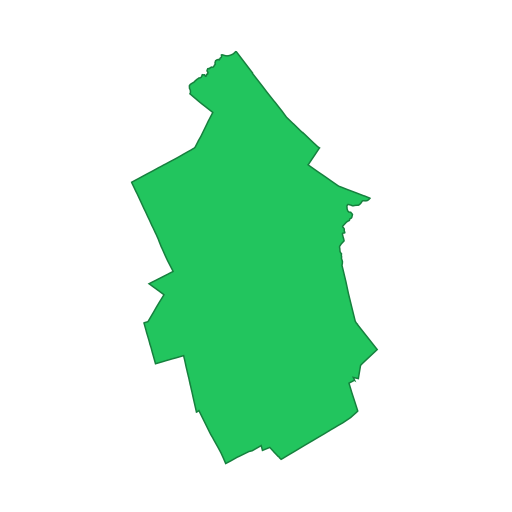 outline of Cornatelu, Dâmbovita, Romania, rotated 258°
{"feature_id": "2599482B11591247588372", "entity_name": "Cornatelu", "entity_type": "district", "adm_level": 2, "iso_a3": "ROU", "parent_name": "Romania", "parent_adm1": "Dâmbovita", "projection": "natural_earth1", "projection_center": [25.687, 44.731], "detail": "fine", "context": "isolated", "style": "filled", "palette": "green", "viewbox_px": 512, "rotation_deg": 258, "n_neighbors": 0, "source": "geoboundaries", "source_scale": "gbopen_adm2", "svg_char_len": 5937}
<svg xmlns="http://www.w3.org/2000/svg" viewBox="0 0 512 512"><g transform="rotate(258 256 256)"><path d="M366.9,327.5L366.8,327.3L369.6,325.3L377.5,320.1L377.6,319.9L380.9,317.7L385.5,314.6L392.7,311.4L392.8,311.3L402.0,306.8L404.2,305.6L414.3,300.6L420.3,297.8L435.1,290.6L435.3,290.5L435.7,290.7L459.8,279.3L460.1,278.5L459.1,277.0L458.3,275.4L458.0,274.1L457.7,272.5L457.6,270.2L458.0,268.4L458.6,267.1L459.6,265.3L459.8,264.9L459.9,264.2L459.8,263.9L459.3,263.9L458.4,263.8L457.9,263.6L457.5,263.3L457.1,262.4L456.9,262.0L456.5,261.7L455.9,261.4L455.5,261.0L455.6,260.5L456.1,260.1L456.1,259.7L455.9,259.4L456.0,259.1L456.0,258.8L456.0,258.5L455.6,258.0L455.5,257.2L455.3,257.0L454.5,256.6L453.6,256.1L453.0,256.0L452.2,256.1L451.8,255.8L451.4,255.1L450.4,254.3L449.8,253.7L449.7,253.0L449.7,252.4L450.1,251.5L449.7,250.9L449.6,250.1L449.1,249.7L449.0,249.4L449.1,249.0L449.3,248.3L449.2,247.7L448.4,247.2L447.8,246.7L447.0,246.6L446.0,247.1L445.8,247.2L445.5,247.2L445.2,247.1L444.9,246.7L444.4,246.6L444.1,246.6L443.9,246.4L443.9,246.1L444.0,245.8L443.9,245.6L443.3,245.2L442.6,244.9L442.4,244.6L442.2,244.2L442.3,243.9L443.3,243.5L443.9,243.4L444.1,242.8L444.1,242.2L444.2,241.8L444.4,241.4L444.5,241.2L444.2,240.9L443.0,240.3L442.4,239.7L442.0,239.0L441.9,238.3L442.0,237.1L441.8,236.7L441.3,235.7L441.1,235.0L440.7,234.3L439.9,232.8L439.2,231.9L438.8,231.1L438.7,230.7L438.3,229.5L438.0,228.6L437.5,227.4L436.5,226.3L435.2,226.0L433.6,225.8L432.4,226.2L431.4,226.2L430.1,226.0L429.1,225.7L428.4,225.1L424.7,227.9L419.5,231.9L416.0,234.7L413.2,237.1L410.9,239.0L406.5,242.7L405.6,243.5L405.4,243.6L399.2,238.5L397.8,237.3L395.4,235.5L384.5,227.0L380.5,223.4L380.4,223.4L375.5,219.4L375.0,218.9L374.6,218.4L374.4,218.0L374.1,217.0L373.1,214.2L372.1,210.8L371.4,208.6L370.4,205.4L369.9,204.0L368.6,199.9L367.5,196.2L366.7,193.3L365.6,189.5L364.7,186.5L364.3,184.8L363.6,182.6L363.1,180.9L362.6,178.9L362.3,178.0L362.2,177.7L360.5,172.1L359.0,166.7L357.7,162.3L356.0,156.6L355.3,154.1L354.2,150.4L354.0,149.7L353.2,149.8L352.4,150.0L348.3,151.0L344.4,151.9L341.5,152.7L338.4,153.4L337.1,153.7L331.8,154.9L325.6,156.3L322.1,157.2L317.1,158.3L313.1,159.3L311.7,159.6L309.3,160.1L308.4,160.3L307.6,160.5L307.4,160.5L306.8,160.7L304.5,161.3L303.6,161.5L301.4,162.0L299.6,162.4L298.0,162.8L297.7,162.9L295.7,163.3L293.0,163.9L290.2,164.3L287.9,164.7L286.1,165.0L284.8,165.2L283.3,165.6L281.5,166.0L275.2,167.3L270.0,168.5L259.1,171.5L258.1,171.7L257.7,170.1L255.7,162.8L251.9,148.5L251.1,145.6L247.3,149.0L237.3,157.9L237.0,157.7L236.0,156.8L235.7,156.5L230.6,151.6L226.4,147.7L222.1,143.9L221.9,143.7L214.5,136.9L214.2,136.5L214.0,133.2L213.8,132.5L205.9,133.0L205.7,133.0L203.6,133.1L201.3,133.3L196.4,133.7L194.9,133.8L192.9,133.9L192.4,133.9L192.0,133.9L191.7,133.9L191.3,134.0L189.0,134.2L188.4,134.3L186.5,134.4L183.9,134.5L179.5,134.8L171.5,135.3L172.0,142.1L172.0,142.3L172.3,145.5L172.5,148.4L172.6,149.9L172.8,152.2L173.0,156.5L173.6,164.5L173.4,164.5L171.8,164.5L168.6,164.6L165.9,164.6L165.0,164.6L162.5,164.6L158.0,164.7L157.2,164.7L156.8,164.7L156.6,164.7L153.9,164.8L152.8,164.8L152.5,164.8L152.3,164.8L151.2,164.9L150.5,164.9L149.2,164.9L148.8,164.9L148.0,164.9L147.5,164.9L146.8,164.9L145.2,165.0L144.9,165.0L144.9,164.9L143.4,164.9L142.8,165.0L141.6,165.0L140.6,165.0L140.2,165.0L135.9,165.1L134.1,165.1L131.6,165.1L123.7,165.2L115.7,165.3L115.8,165.8L116.0,166.5L116.7,168.0L105.4,170.9L92.8,174.1L90.6,174.7L88.8,175.3L87.7,175.7L86.7,176.0L84.9,176.5L80.1,178.0L76.6,179.1L72.5,180.3L70.7,180.8L66.7,181.7L64.4,182.2L59.3,183.2L60.8,188.6L62.8,194.9L63.3,196.5L63.4,196.8L63.3,197.0L65.7,206.4L65.8,207.0L66.2,208.2L66.3,211.8L68.7,219.3L68.8,219.5L69.4,221.4L69.5,221.6L66.9,221.8L64.5,221.9L65.9,229.7L61.0,232.6L60.1,233.0L59.7,233.3L59.1,233.7L58.3,234.2L56.8,235.1L55.7,235.8L55.4,235.9L55.1,236.3L54.8,236.7L54.0,236.9L52.9,237.6L52.1,238.2L51.9,238.3L52.4,240.0L54.5,246.0L56.9,253.2L60.6,263.9L64.6,275.9L66.0,280.0L66.2,280.6L66.4,281.3L66.9,282.7L67.2,283.7L68.1,286.4L68.4,287.1L68.5,287.5L70.4,292.8L71.7,296.9L73.1,300.9L74.8,306.3L76.5,310.5L78.3,315.0L80.1,318.1L82.2,321.8L83.2,323.3L93.1,322.3L102.5,321.3L112.3,320.5L114.0,326.5L113.9,326.6L117.0,325.9L114.8,330.6L127.2,335.5L127.3,335.6L128.7,337.6L139.3,355.1L157.9,345.9L167.8,341.0L168.1,341.1L169.5,340.2L171.6,339.5L183.7,339.1L200.1,338.6L212.0,338.6L223.9,338.3L227.6,338.2L228.5,338.2L228.9,338.1L230.7,338.9L232.5,339.4L233.7,339.3L235.7,339.1L237.6,339.6L239.0,339.6L240.4,340.1L241.0,339.7L242.8,339.1L244.5,339.3L245.7,339.5L246.9,339.5L248.1,339.8L250.2,342.0L251.2,343.5L252.5,345.3L254.8,345.3L257.1,345.1L259.7,345.1L260.2,345.4L260.3,346.1L260.2,346.6L260.2,347.5L260.3,347.7L260.9,347.6L261.6,347.7L261.9,347.6L262.5,347.5L263.3,347.8L264.2,347.9L264.6,347.8L265.0,347.6L265.7,347.3L266.1,346.9L266.5,346.8L266.9,346.9L267.3,347.2L268.0,348.2L269.2,349.9L270.4,351.6L271.2,353.9L271.3,354.6L271.5,354.8L272.3,355.2L272.7,355.4L272.9,355.7L273.2,356.9L273.7,357.6L275.7,358.6L276.6,359.0L277.1,358.8L277.7,358.5L278.2,358.1L278.9,357.9L279.1,357.7L279.5,356.3L279.6,356.0L280.3,355.6L280.6,355.3L281.2,355.1L282.0,355.0L283.5,354.9L284.5,355.1L285.8,355.2L286.1,355.4L286.7,355.8L287.3,356.6L287.1,357.3L285.9,359.7L285.3,360.4L285.0,361.0L284.9,361.5L284.9,363.4L284.4,367.0L285.2,368.6L286.0,369.7L287.6,371.3L287.7,371.6L287.8,372.0L287.7,372.7L287.2,374.6L287.1,374.9L287.1,376.4L287.2,376.8L287.7,377.9L288.2,378.7L288.8,379.5L289.0,379.3L291.3,375.9L292.2,374.6L292.5,373.9L293.3,372.7L293.8,371.9L296.5,367.8L300.8,361.1L301.6,359.8L303.6,356.8L305.6,353.8L307.1,351.4L310.5,348.2L313.9,345.0L317.8,341.4L321.0,338.4L324.5,335.0L327.4,332.3L334.2,326.0L334.4,325.9L334.6,326.2L336.6,328.3L340.0,331.8L342.5,334.4L348.3,340.3L348.5,340.6L348.7,340.4L349.2,339.9L350.2,339.0L351.6,338.0L352.8,337.2L354.0,336.3L358.8,333.0L364.9,328.9L366.7,327.6L366.9,327.5Z" fill="#22c55e" stroke="#15803d" stroke-width="1.5"/></g></svg>